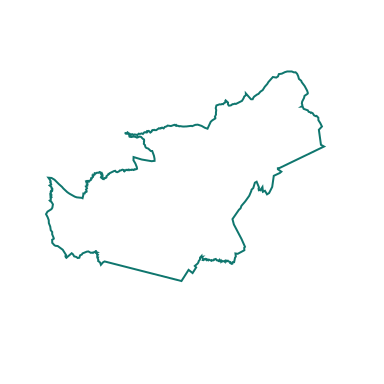 Tamale Metropolitan, Northern, Ghana, rotated 154°
{"feature_id": "2480657B1027184338147", "entity_name": "Tamale Metropolitan", "entity_type": "district", "adm_level": 2, "iso_a3": "GHA", "parent_name": "Ghana", "parent_adm1": "Northern", "projection": "natural_earth1", "projection_center": [-0.697, 9.383], "detail": "fine", "context": "isolated", "style": "outline", "palette": "teal", "viewbox_px": 384, "rotation_deg": 154, "n_neighbors": 0, "source": "geoboundaries", "source_scale": "gbopen_adm2", "svg_char_len": 6098}
<svg xmlns="http://www.w3.org/2000/svg" viewBox="0 0 384 384"><g transform="rotate(154 192 192)"><path d="M305.8,166.5L302.8,167.8L301.0,167.9L240.5,116.6L229.2,123.5L227.0,118.9L221.3,122.4L221.9,124.3L218.4,125.2L217.3,125.8L216.2,127.0L214.5,127.8L213.5,129.5L211.7,130.2L212.0,129.6L211.2,129.3L212.1,129.1L211.7,128.4L211.4,128.4L211.4,127.1L212.2,126.2L211.5,125.7L210.0,126.2L208.9,125.5L208.7,125.7L208.4,125.4L209.0,124.9L208.8,124.5L208.4,124.8L207.5,123.6L207.1,124.0L206.5,123.9L204.7,121.7L204.1,122.1L203.2,121.3L202.2,121.2L201.8,121.7L200.0,121.4L199.7,119.8L198.5,119.2L198.5,118.4L198.0,118.1L197.5,118.4L197.7,117.8L197.5,117.7L196.1,117.9L196.4,116.5L196.1,116.6L196.0,116.4L195.4,116.3L195.4,116.8L195.1,116.8L194.8,116.3L193.5,115.8L193.1,114.9L192.7,115.7L191.9,115.8L191.4,115.4L191.9,115.2L191.6,114.5L189.9,114.5L189.7,113.7L188.3,112.3L188.8,111.4L188.2,110.6L188.1,110.8L187.6,110.4L187.5,110.0L187.1,109.9L186.7,110.3L186.8,110.7L186.1,111.1L184.9,110.5L182.1,114.1L180.9,114.8L179.9,117.7L178.0,116.4L170.5,116.7L169.5,119.0L168.4,119.5L168.1,128.1L168.6,144.5L167.5,149.9L157.5,155.5L155.6,156.0L153.6,157.9L148.3,160.2L142.2,163.5L138.3,166.9L137.4,168.0L135.2,168.7L131.4,172.8L129.4,172.9L129.8,166.8L130.7,165.9L131.1,164.4L130.1,164.4L130.1,163.8L129.5,163.3L128.4,164.5L126.5,165.6L128.1,161.1L125.9,161.1L125.6,157.0L123.1,157.3L117.7,161.4L111.4,170.7L104.8,170.6L102.8,171.1L104.8,174.8L104.4,175.7L102.7,175.2L53.4,175.0L55.4,177.9L50.7,192.3L46.5,193.9L46.5,197.6L46.9,201.1L45.9,203.4L46.7,205.8L47.5,205.9L48.7,207.4L49.0,209.9L49.9,211.1L50.5,211.0L50.7,211.7L52.0,213.0L52.1,214.6L55.2,217.8L55.1,220.3L56.3,220.8L55.1,221.0L54.7,221.8L54.5,223.4L53.3,225.0L50.1,227.4L48.7,229.1L45.1,229.6L44.5,230.1L44.1,232.6L44.3,237.9L45.2,242.5L45.1,244.1L46.3,246.8L45.8,249.4L45.7,252.1L46.4,254.2L47.9,254.8L49.5,256.6L53.6,258.6L56.0,259.0L59.4,259.0L62.3,259.9L64.0,258.2L66.1,257.9L68.9,259.9L75.2,257.3L77.0,256.1L80.4,254.7L83.8,252.6L86.5,252.2L89.3,251.0L90.6,251.1L94.2,250.5L95.3,250.0L96.8,248.8L98.2,249.4L98.4,249.7L100.4,257.0L101.1,255.4L103.2,254.9L104.6,253.6L107.1,252.0L114.0,251.9L114.7,252.6L116.0,252.7L117.2,253.2L118.6,252.8L120.2,253.1L121.1,253.6L121.2,255.2L120.4,256.6L121.6,259.6L122.2,259.2L122.6,257.9L124.0,257.9L125.6,257.3L126.3,257.9L127.6,258.0L128.8,258.7L132.1,259.1L133.9,257.0L134.3,255.0L135.8,252.7L136.5,251.1L138.5,249.5L138.5,248.3L138.8,247.9L142.4,247.5L144.4,246.9L150.3,242.1L152.3,244.1L154.4,247.2L157.3,250.0L159.6,250.9L163.0,251.1L163.7,251.8L168.1,253.3L171.3,254.7L174.1,256.6L174.7,256.6L175.7,257.8L176.4,258.0L176.8,259.0L177.4,258.6L177.8,259.1L177.9,259.8L178.3,260.1L182.0,260.5L184.8,262.4L186.1,262.1L188.0,262.4L189.6,261.6L190.7,263.0L191.4,262.8L192.1,263.2L192.5,262.9L193.3,263.2L193.7,263.8L197.0,263.3L198.5,264.0L198.8,264.5L199.5,264.5L200.4,265.0L201.1,264.8L201.4,264.3L202.1,263.9L203.4,263.7L203.8,265.4L204.4,266.0L205.6,265.6L205.3,266.3L205.6,266.5L206.5,266.0L207.5,265.9L208.1,266.4L208.8,266.5L210.7,265.7L211.5,266.7L213.3,267.0L214.4,267.8L216.1,267.1L217.2,268.1L218.6,269.0L219.6,269.1L220.4,270.2L221.4,270.4L222.0,269.9L222.4,270.9L222.4,271.6L223.5,272.9L223.8,273.9L225.1,273.5L225.9,274.1L226.1,273.8L225.9,273.4L224.1,272.5L222.9,270.7L223.0,270.2L223.6,270.3L223.8,270.0L223.9,269.1L223.6,268.8L222.0,267.8L220.9,267.8L218.8,266.5L217.8,265.2L217.2,265.4L217.0,264.9L214.7,264.8L213.6,263.8L212.9,261.5L212.1,260.2L212.6,258.9L213.0,258.7L213.1,258.1L214.2,256.4L213.7,254.7L214.1,253.3L214.0,252.3L213.7,251.6L212.3,250.2L211.1,247.0L209.8,246.3L210.3,241.3L211.1,238.3L212.0,236.4L214.8,237.4L222.9,243.2L229.2,249.0L230.7,246.2L230.4,242.4L230.7,238.6L231.2,237.0L232.6,237.0L233.4,237.6L234.0,237.6L234.1,237.3L235.0,237.4L236.1,238.5L236.9,238.4L238.5,239.4L239.1,239.2L239.5,240.1L240.6,240.0L241.4,240.8L243.8,240.2L244.0,240.6L243.6,241.6L244.8,242.6L246.8,242.6L247.4,243.0L248.9,242.5L250.6,242.6L251.5,243.6L251.7,244.7L252.8,245.0L257.9,245.0L258.7,244.5L259.2,244.8L259.8,244.3L262.1,243.6L262.5,242.6L263.7,242.4L264.8,243.0L265.6,242.2L266.3,242.6L267.3,244.7L266.4,244.9L266.8,245.6L265.9,246.3L265.2,245.9L265.0,246.3L265.1,247.2L265.8,247.3L265.9,248.0L264.8,247.9L264.8,248.8L265.5,248.9L265.6,249.4L266.3,249.9L266.0,250.2L266.3,250.5L267.7,250.3L269.0,251.0L270.2,250.9L271.1,251.5L271.7,250.4L272.3,250.3L273.1,250.9L273.4,250.4L274.0,250.5L274.0,249.3L274.5,248.9L275.0,249.0L276.2,248.1L276.7,248.5L277.7,247.1L279.2,247.0L280.0,247.3L279.9,246.8L280.2,246.5L281.3,247.3L281.6,248.0L282.5,248.1L282.5,247.2L282.8,246.7L282.2,245.9L282.6,244.6L283.4,244.5L283.4,243.6L284.9,243.6L284.7,241.4L286.2,240.7L286.3,238.9L286.8,238.4L287.9,238.7L289.2,237.7L290.3,238.3L291.2,236.7L293.1,234.4L293.7,235.1L297.9,237.7L299.4,239.2L302.8,244.1L304.2,246.6L306.1,251.6L306.6,253.6L308.2,257.5L310.2,263.3L312.1,266.2L314.8,267.8L314.3,264.8L314.5,263.9L314.3,263.7L314.5,263.2L314.8,263.3L315.2,262.9L315.1,261.6L315.3,260.4L317.1,260.3L316.2,258.3L316.5,257.2L316.5,256.7L316.1,256.5L316.1,256.1L316.9,254.7L317.4,254.9L317.6,254.3L318.3,254.7L319.0,254.0L319.1,253.1L319.9,252.8L319.7,251.8L320.1,251.7L319.9,251.2L320.7,251.2L320.8,250.4L320.5,249.9L321.0,249.7L320.9,249.1L321.5,249.3L321.7,248.7L321.5,248.4L322.5,246.7L323.6,246.7L323.3,245.6L322.7,245.0L322.4,241.9L324.4,239.1L325.9,238.2L330.5,237.7L332.9,236.1L332.8,232.6L333.1,229.5L334.3,226.8L334.6,223.0L335.7,219.6L335.2,217.3L336.2,215.3L336.5,210.9L336.9,210.5L338.6,210.4L339.9,207.6L339.0,204.5L338.3,203.5L336.4,202.3L333.5,196.8L332.8,190.4L333.3,189.6L333.9,189.7L334.1,187.8L334.6,187.7L327.0,189.7L326.3,188.2L326.1,185.8L324.4,184.3L323.7,182.8L322.1,182.3L320.4,184.1L318.4,184.1L317.3,184.8L312.7,184.5L311.2,184.0L309.6,181.7L308.0,181.2L307.7,180.7L306.5,180.9L305.4,180.6L304.5,181.1L304.2,180.9L304.5,180.2L303.8,179.4L304.5,179.5L304.9,179.2L304.5,178.8L304.6,178.2L304.2,177.4L304.7,177.4L304.9,176.8L304.7,176.3L305.6,175.4L305.8,174.7L305.2,174.3L305.8,173.8L306.0,171.8L306.6,171.2L305.5,168.9L305.8,166.5Z" fill="none" stroke="#0f766e" stroke-width="2"/></g></svg>